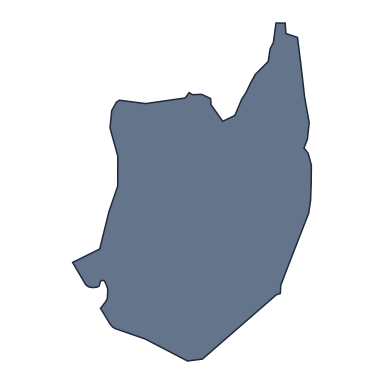 Rabak, White Nile, Sudan (orthographic projection)
{"feature_id": "16777658B74989991978894", "entity_name": "Rabak", "entity_type": "district", "adm_level": 2, "iso_a3": "SDN", "parent_name": "Sudan", "parent_adm1": "White Nile", "projection": "orthographic", "projection_center": [32.773, 13.435], "detail": "fine", "context": "isolated", "style": "filled", "palette": "slate", "viewbox_px": 384, "rotation_deg": 0, "n_neighbors": 0, "source": "geoboundaries", "source_scale": "gbopen_adm2", "svg_char_len": 1025}
<svg xmlns="http://www.w3.org/2000/svg" viewBox="0 0 384 384"><path d="M280.3,293.5L280.6,288.8L280.7,285.5L290.1,260.9L301.7,231.1L308.7,213.2L310.6,200.3L310.9,191.7L311.2,184.0L311.4,165.2L308.1,153.2L304.0,148.1L307.4,139.2L309.2,122.6L305.5,102.2L304.6,97.2L304.3,94.5L302.3,76.6L300.5,61.2L297.5,37.4L285.9,33.5L285.2,23.1L276.0,23.0L273.3,42.7L270.1,48.8L268.2,61.5L255.4,74.3L250.9,82.4L245.9,92.8L241.6,99.4L238.9,106.0L234.8,115.5L222.7,121.3L211.1,104.8L210.6,98.5L201.5,94.3L192.7,94.7L189.1,92.6L188.6,93.3L186.4,96.5L184.8,98.0L145.7,103.6L119.4,100.2L116.5,102.1L111.7,110.7L110.0,127.8L117.8,156.2L117.7,186.1L109.0,211.5L99.7,249.0L72.6,262.4L84.4,282.5L86.0,285.0L88.6,286.9L92.5,287.6L96.8,287.2L99.0,286.2L99.6,284.3L100.5,281.3L101.8,280.4L103.9,280.6L105.3,282.5L106.4,285.1L107.8,289.1L107.3,298.8L105.2,302.3L100.5,308.4L107.1,319.1L110.0,324.0L112.8,327.2L115.2,328.6L145.4,339.1L187.5,361.0L202.4,359.1L267.8,302.2L276.3,294.8L280.3,293.5Z" fill="#64748b" stroke="#1e293b" stroke-width="1.5"/></svg>